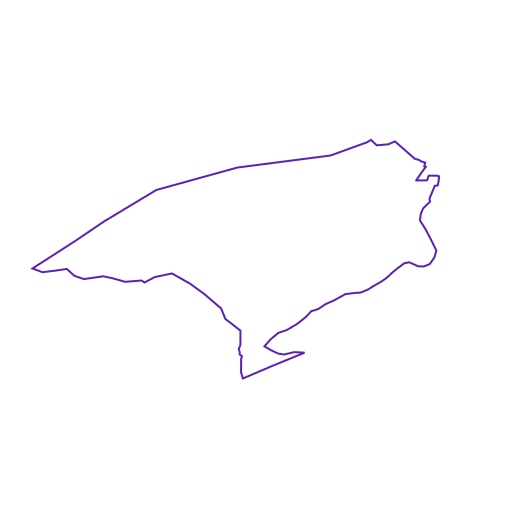 outline of Idah, Kogi, Nigeria, rotated 59°
{"feature_id": "59680162B89596725903657", "entity_name": "Idah", "entity_type": "district", "adm_level": 2, "iso_a3": "NGA", "parent_name": "Nigeria", "parent_adm1": "Kogi", "projection": "equal_earth", "projection_center": [6.753, 7.056], "detail": "fine", "context": "isolated", "style": "outline", "palette": "violet", "viewbox_px": 512, "rotation_deg": 59, "n_neighbors": 0, "source": "geoboundaries", "source_scale": "gbopen_adm2", "svg_char_len": 1358}
<svg xmlns="http://www.w3.org/2000/svg" viewBox="0 0 512 512"><g transform="rotate(59 256 256)"><path d="M151.6,454.0L159.9,447.4L165.3,435.3L169.7,424.8L179.4,421.9L187.1,415.5L194.7,397.4L201.4,390.2L210.7,381.5L218.1,366.7L221.3,365.2L221.9,353.7L227.7,337.0L245.7,326.8L262.0,319.9L283.1,312.9L294.2,314.7L303.8,310.9L312.0,307.8L324.1,315.1L326.9,318.7L329.8,319.4L332.0,320.7L334.7,319.6L336.5,321.7L348.0,328.7L354.2,330.3L358.8,297.3L363.9,264.2L358.1,272.7L354.9,282.7L351.0,287.3L344.7,291.5L337.8,295.3L335.0,286.7L333.4,276.4L335.3,267.9L335.4,255.8L334.0,244.8L331.8,237.1L333.5,230.1L333.1,221.1L334.2,212.2L334.7,199.0L339.0,189.4L341.2,185.3L342.4,177.4L342.3,169.9L342.5,162.9L342.2,156.9L341.4,151.8L340.6,148.7L339.6,142.3L338.6,132.6L340.3,127.9L345.0,124.6L348.3,122.3L351.4,117.6L352.4,111.2L349.1,103.8L344.2,98.6L335.0,97.8L321.3,96.9L310.0,97.1L304.9,93.2L301.3,88.3L299.0,78.8L296.3,77.9L287.9,66.6L289.1,63.9L286.1,61.1L282.0,58.0L280.1,59.9L276.3,66.2L276.2,66.8L279.0,70.0L279.1,70.7L273.8,79.7L273.6,79.6L271.9,75.9L269.4,70.4L267.0,64.5L265.8,65.6L263.0,62.9L259.7,65.9L257.6,66.8L254.5,69.8L229.3,77.9L228.4,85.1L223.3,95.5L215.7,97.6L215.7,102.6L214.2,109.9L208.2,140.5L206.6,144.1L170.6,226.4L159.6,265.9L148.1,307.3L148.1,368.0L150.0,403.4L150.2,410.2L151.6,454.0Z" fill="none" stroke="#5b21b6" stroke-width="2"/></g></svg>